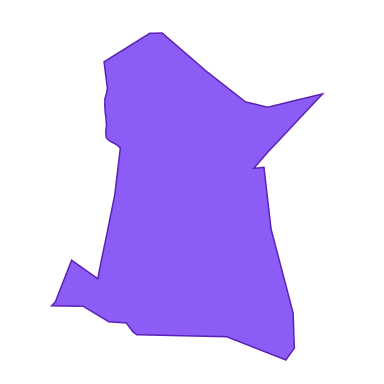 outline of Irecê, Bahia, Brazil, rotated 98°
{"feature_id": "56859067B47886484176392", "entity_name": "Irecê", "entity_type": "district", "adm_level": 2, "iso_a3": "BRA", "parent_name": "Brazil", "parent_adm1": "Bahia", "projection": "robinson", "projection_center": [-41.852, -11.308], "detail": "fine", "context": "isolated", "style": "filled", "palette": "violet", "viewbox_px": 384, "rotation_deg": 98, "n_neighbors": 0, "source": "geoboundaries", "source_scale": "gbopen_adm2", "svg_char_len": 857}
<svg xmlns="http://www.w3.org/2000/svg" viewBox="0 0 384 384"><g transform="rotate(98 192 192)"><path d="M324.2,315.1L322.1,298.1L321.5,293.1L320.2,284.1L326.3,269.8L332.1,256.3L330.8,238.9L339.0,230.7L341.0,226.8L330.5,137.5L345.3,75.7L332.3,68.9L322.0,70.8L298.3,74.9L286.8,79.6L217.8,108.5L157.5,124.2L158.9,129.4L159.9,134.1L141.1,121.9L129.3,113.5L91.1,86.6L76.7,76.4L86.5,101.3L95.1,122.8L97.5,128.7L95.3,151.7L70.1,195.2L43.5,236.3L38.7,243.7L39.7,249.5L40.7,256.0L58.2,276.8L75.3,297.2L96.1,291.6L100.9,290.2L106.2,290.4L111.7,291.2L117.9,290.5L122.5,289.6L126.1,288.8L130.7,287.5L134.3,286.8L137.8,285.9L141.8,285.9L145.8,285.6L150.3,284.3L152.7,281.1L154.3,276.9L155.9,272.7L158.4,269.1L205.5,268.1L243.2,270.3L267.1,271.9L291.0,273.3L282.4,290.0L276.3,301.7L319.7,312.0L324.2,315.1Z" fill="#8b5cf6" stroke="#5b21b6" stroke-width="1.5"/></g></svg>